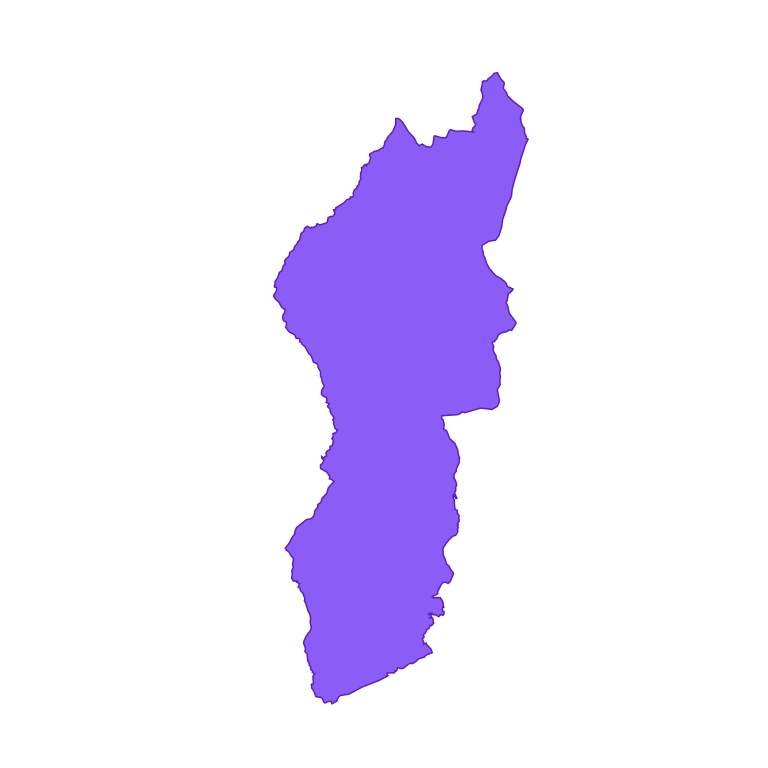 the district of Cerasu, Prahova, Romania, rotated 8°
{"feature_id": "2599482B945049345114", "entity_name": "Cerasu", "entity_type": "district", "adm_level": 2, "iso_a3": "ROU", "parent_name": "Romania", "parent_adm1": "Prahova", "projection": "orthographic", "projection_center": [26.048, 45.399], "detail": "fine", "context": "isolated", "style": "filled", "palette": "violet", "viewbox_px": 768, "rotation_deg": 8, "n_neighbors": 0, "source": "geoboundaries", "source_scale": "gbopen_adm2", "svg_char_len": 6144}
<svg xmlns="http://www.w3.org/2000/svg" viewBox="0 0 768 768"><g transform="rotate(8 384 384)"><path d="M469.2,643.3L467.3,639.9L462.3,635.8L461.8,634.7L459.5,636.3L459.5,634.4L457.3,630.9L458.7,629.7L458.8,628.4L457.9,628.1L458.2,626.5L459.2,625.4L460.8,621.1L462.6,619.7L463.2,616.6L464.7,616.7L466.6,613.9L465.6,612.8L465.8,611.9L464.9,609.1L462.1,609.1L463.5,608.0L462.1,605.9L460.2,606.0L460.1,605.3L461.7,605.3L462.0,604.4L462.6,604.9L462.8,603.9L463.2,605.3L463.7,604.5L464.9,605.8L466.7,605.3L470.6,606.8L471.9,604.6L474.6,604.8L475.5,603.2L475.0,600.8L474.0,600.9L473.2,599.2L473.2,596.9L474.2,596.8L472.5,591.3L469.6,587.8L465.2,588.2L463.7,589.0L461.3,588.1L466.3,584.2L466.1,581.7L468.8,574.2L470.5,572.1L473.2,571.8L475.2,572.6L477.0,570.6L479.2,562.5L479.0,561.5L475.6,558.2L473.9,555.4L470.9,553.5L468.8,548.7L466.7,545.7L465.2,538.8L467.9,532.7L470.1,529.2L473.0,525.4L476.1,523.7L476.9,521.7L477.7,519.0L476.7,517.6L477.6,515.9L476.4,514.6L477.3,513.2L476.0,511.8L477.3,510.2L477.5,508.1L476.8,507.3L476.7,503.8L474.2,501.1L474.3,499.0L472.1,498.4L471.3,496.8L469.6,488.6L468.4,487.2L468.4,486.1L467.5,484.6L468.2,484.2L471.3,487.3L472.1,487.0L469.0,482.0L469.9,479.4L469.3,476.0L470.0,474.5L469.5,472.2L467.1,468.1L466.2,468.1L466.5,466.8L466.0,466.1L466.2,463.0L467.6,460.6L467.4,458.3L469.3,451.9L469.0,446.3L468.1,445.1L465.9,438.5L462.5,433.0L456.7,428.9L452.7,421.9L449.2,419.9L449.3,416.2L447.7,411.4L445.9,410.2L445.8,407.4L461.2,404.1L464.0,402.4L465.3,400.7L467.8,401.2L483.0,394.4L494.5,394.1L499.1,390.5L500.1,387.9L500.6,384.4L497.1,374.3L497.2,372.4L498.3,371.0L499.1,368.7L498.2,363.9L498.3,360.4L497.2,357.7L497.2,352.6L494.0,345.9L492.2,344.1L490.8,340.1L488.1,336.9L487.0,333.1L487.6,332.0L485.4,327.9L486.2,326.8L487.7,326.5L487.4,325.6L489.1,324.0L490.7,318.9L493.9,316.7L498.2,315.1L500.8,313.0L503.0,313.1L506.3,305.9L505.8,304.3L498.3,296.6L495.6,289.5L493.5,286.2L494.3,284.3L494.6,277.8L497.9,273.7L498.6,272.0L492.7,270.3L490.5,266.7L485.4,263.4L479.5,261.2L472.2,254.9L468.5,249.8L466.4,245.0L464.5,242.3L463.9,239.6L462.0,235.9L462.0,233.4L462.5,232.4L467.9,228.1L474.4,226.0L477.2,221.0L478.7,211.6L478.6,204.5L480.7,193.7L480.7,191.0L484.1,180.5L483.8,173.8L484.9,164.0L487.9,146.7L488.1,142.5L490.6,127.9L492.6,121.5L490.8,121.0L490.6,119.4L488.2,115.7L487.4,111.1L485.0,108.8L483.1,105.1L482.8,103.3L482.1,102.6L482.5,101.9L482.1,101.1L482.2,99.1L483.9,93.8L483.1,92.1L472.4,86.0L466.2,81.4L464.8,78.5L461.3,75.0L460.9,73.6L461.3,69.9L460.8,68.4L456.9,65.4L452.9,59.9L449.7,61.1L448.2,63.9L444.6,67.4L443.6,69.7L440.6,69.9L439.4,71.0L439.7,72.3L439.1,79.4L441.4,83.6L442.1,87.2L439.6,94.6L439.7,97.9L439.0,98.9L438.2,103.9L434.2,106.9L437.0,112.3L438.6,114.0L438.4,115.4L436.3,118.3L436.0,120.8L437.5,122.1L427.9,122.3L419.9,123.8L414.5,122.8L413.5,123.6L411.6,130.4L410.6,131.8L405.8,132.0L399.7,131.1L399.1,132.1L399.1,139.7L397.5,143.0L392.7,143.0L388.4,141.1L385.6,143.1L383.0,141.1L379.5,135.9L373.4,131.2L366.1,122.2L362.7,119.7L360.9,119.1L358.7,119.5L359.4,125.6L357.6,132.6L352.9,139.9L352.8,141.3L351.1,144.1L351.1,147.4L350.3,149.8L345.0,154.0L342.4,154.8L338.0,158.2L337.8,159.6L339.3,162.0L338.4,167.2L336.4,168.9L336.2,170.4L335.2,169.3L334.3,169.4L333.1,171.8L331.6,172.8L332.2,175.0L332.0,177.5L331.4,178.1L331.8,179.4L331.7,181.9L332.6,184.3L331.4,186.6L331.3,190.0L330.2,191.3L329.4,194.2L327.7,195.8L326.9,199.4L327.6,201.3L327.3,202.5L326.6,203.4L324.7,203.4L324.6,205.2L321.3,206.8L319.2,210.1L311.7,216.3L311.7,218.3L309.8,218.6L311.8,222.2L310.0,225.2L307.3,225.7L305.5,227.1L305.3,231.4L304.6,232.5L298.5,235.4L295.4,234.6L294.6,237.4L291.8,239.0L290.4,238.8L289.7,239.9L286.1,238.4L284.1,240.2L283.3,242.4L283.4,244.4L282.0,245.0L280.8,246.7L280.5,253.1L278.8,255.1L278.6,256.6L276.3,260.5L275.9,263.6L272.3,267.0L272.3,269.9L271.3,271.8L269.5,273.6L268.5,276.1L269.3,279.4L267.8,280.8L267.1,285.9L264.8,288.1L264.0,293.3L261.8,297.8L262.3,300.3L261.7,302.0L262.4,303.4L264.0,303.3L264.5,304.8L264.4,307.1L262.4,311.5L262.9,313.1L265.4,315.6L268.4,317.4L271.8,322.1L275.7,324.4L275.8,326.7L274.5,329.7L274.4,332.8L275.7,335.3L278.6,336.3L279.2,339.2L278.7,341.5L282.9,345.7L288.8,347.7L290.6,350.9L294.3,350.8L294.6,353.8L296.5,354.5L297.4,356.1L300.6,358.1L305.6,364.7L307.9,365.9L311.1,372.2L314.4,373.1L316.0,374.6L316.4,376.7L319.4,380.7L320.1,385.3L321.3,386.6L322.4,390.4L325.1,394.6L323.2,398.7L323.4,402.5L324.9,404.3L329.0,405.4L329.7,408.4L329.2,410.3L332.3,411.1L332.4,411.8L331.2,413.6L331.4,414.4L334.2,416.5L334.9,419.7L338.8,423.8L339.2,425.1L338.4,425.9L338.6,427.2L339.6,428.4L339.6,430.3L341.9,435.1L344.3,435.9L343.0,438.9L340.3,440.2L341.1,443.5L339.9,445.2L341.6,446.8L341.8,449.0L341.1,452.7L339.2,453.2L339.8,456.4L337.5,457.8L336.0,460.1L337.1,463.2L335.3,464.5L334.9,465.8L332.4,464.5L332.9,466.4L335.1,467.9L334.0,471.3L332.3,473.1L333.0,476.5L339.8,479.3L343.1,483.1L343.1,485.5L345.6,486.0L348.1,487.5L343.3,494.5L342.6,500.1L338.6,505.8L338.0,509.8L335.3,512.6L335.5,515.3L333.2,518.9L333.0,524.0L330.6,527.6L326.2,529.0L317.4,538.3L316.3,542.4L316.2,545.3L313.8,550.0L312.7,553.8L309.1,560.5L310.2,562.0L313.8,564.0L315.8,566.9L318.7,569.6L318.6,575.9L319.4,577.2L319.5,578.6L318.6,582.5L319.6,584.2L319.6,589.2L321.7,591.8L325.3,591.3L325.9,591.7L325.3,592.5L328.1,593.4L327.2,597.1L329.2,597.8L329.9,600.0L333.1,603.0L335.6,607.7L335.3,609.8L336.8,611.6L340.5,619.6L342.5,622.1L343.9,625.9L344.1,630.5L346.0,635.8L344.8,639.8L343.6,641.2L341.7,645.5L340.5,649.7L340.5,651.9L343.2,657.0L342.8,659.7L345.5,662.2L346.9,668.8L348.4,670.4L349.2,673.0L351.0,674.7L351.1,677.0L353.3,678.0L353.1,679.6L355.6,680.4L354.3,683.3L355.7,690.3L355.2,691.2L353.8,691.5L354.8,695.2L357.2,697.8L359.9,703.0L366.3,703.4L368.6,707.1L369.9,708.1L373.1,706.1L375.8,705.6L376.9,707.9L381.5,704.5L381.6,702.8L383.0,699.6L384.5,698.4L392.3,696.1L404.6,687.1L420.9,677.9L428.6,672.3L427.5,671.3L427.5,669.7L434.5,668.6L434.8,666.6L435.6,666.8L436.6,665.7L437.1,662.9L439.9,663.5L442.4,663.0L447.5,657.8L449.0,656.9L451.2,656.9L454.1,654.5L456.9,651.0L462.0,648.9L462.0,648.3L464.4,646.0L469.2,643.3Z" fill="#8b5cf6" stroke="#5b21b6" stroke-width="1.5"/></g></svg>